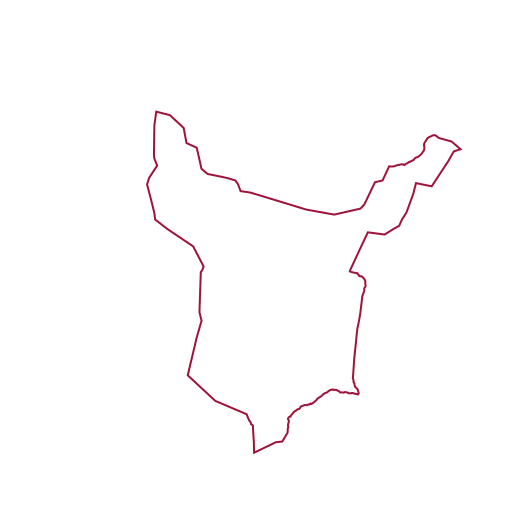 Bogd, Bayanhongor, Mongolia, rotated 293°
{"feature_id": "93677404B1716064245788", "entity_name": "Bogd", "entity_type": "district", "adm_level": 2, "iso_a3": "MNG", "parent_name": "Mongolia", "parent_adm1": "Bayanhongor", "projection": "natural_earth1", "projection_center": [100.876, 45.209], "detail": "fine", "context": "isolated", "style": "outline", "palette": "rose", "viewbox_px": 512, "rotation_deg": 293, "n_neighbors": 0, "source": "geoboundaries", "source_scale": "gbopen_adm2", "svg_char_len": 3949}
<svg xmlns="http://www.w3.org/2000/svg" viewBox="0 0 512 512"><g transform="rotate(293 256 256)"><path d="M345.6,139.4L352.0,121.7L349.9,107.8L336.5,111.4L309.3,122.5L306.3,124.1L300.5,129.7L286.2,127.1L279.4,127.7L265.4,138.5L255.6,145.8L250.2,148.9L246.3,163.4L240.3,194.4L226.1,211.6L225.8,211.8L225.7,211.8L225.5,211.7L225.4,211.7L225.2,211.8L224.8,212.0L224.3,212.0L223.5,212.0L222.7,212.0L221.9,212.0L221.2,211.9L220.4,211.6L219.9,211.6L219.4,211.6L218.5,211.9L182.2,225.9L175.1,231.2L158.2,233.2L119.5,239.8L106.7,275.2L106.7,288.6L106.7,309.3L105.6,310.1L104.5,311.4L103.4,312.3L103.0,313.0L101.9,314.0L101.4,315.1L100.8,316.1L99.3,317.1L99.2,317.5L99.0,318.8L98.8,319.3L93.5,321.9L83.5,326.9L74.2,331.1L92.2,346.9L95.5,352.7L105.8,354.1L109.4,352.7L111.1,352.6L112.5,351.7L113.4,351.3L114.2,351.3L115.1,351.0L116.0,351.1L117.3,350.5L117.8,349.9L118.4,349.1L119.5,349.0L120.3,349.3L121.0,349.5L121.4,349.8L121.5,350.3L121.8,350.5L122.5,350.6L123.4,350.6L124.1,351.0L126.4,351.5L127.8,352.1L128.7,352.5L129.3,353.3L130.1,353.6L131.2,354.2L131.5,354.8L132.1,355.6L132.9,355.8L133.9,355.9L134.9,356.2L135.6,356.5L136.0,357.3L136.7,357.8L137.2,358.4L138.1,359.3L138.2,359.7L138.3,360.4L138.5,360.7L138.6,361.4L138.9,361.7L139.7,362.1L139.9,362.4L140.0,363.0L140.3,363.3L140.7,363.4L140.9,363.7L141.5,363.8L141.6,364.2L141.5,364.7L141.8,364.9L142.4,365.7L142.8,365.7L143.2,366.1L144.8,366.8L146.0,367.5L147.0,367.9L147.9,368.1L149.1,368.5L152.5,370.9L155.3,372.0L156.1,372.7L156.5,372.8L158.2,374.7L159.4,375.3L160.2,375.6L160.6,376.1L161.3,376.4L161.6,376.8L162.3,377.5L162.8,378.2L162.8,378.8L163.2,379.1L163.1,379.7L163.3,380.1L163.2,380.4L163.7,381.2L164.1,381.9L164.2,382.8L163.9,383.5L163.9,384.2L164.0,385.1L163.8,385.5L163.4,386.4L163.4,387.3L163.7,387.8L164.2,388.5L164.4,389.9L164.9,390.5L165.6,391.1L165.7,392.0L166.0,392.8L165.9,393.7L166.1,394.4L165.9,395.1L166.6,396.9L167.2,397.4L167.4,398.0L167.7,398.6L167.7,400.1L168.0,400.9L167.9,401.5L168.1,402.2L168.3,402.7L168.4,403.1L168.3,403.5L168.4,403.9L169.7,404.2L171.8,402.7L173.0,401.5L173.4,400.8L173.5,400.6L173.8,399.7L174.2,398.8L174.6,398.0L175.3,397.5L177.3,396.3L177.7,395.4L178.1,395.0L179.7,394.4L181.1,393.0L182.4,392.6L199.7,386.6L215.1,381.9L224.5,378.9L229.1,377.6L233.1,376.9L243.2,374.6L260.5,369.6L262.9,369.4L265.0,369.4L266.9,369.1L268.2,368.3L268.9,368.3L270.8,368.7L271.9,368.3L273.6,367.2L275.3,366.6L276.1,365.9L277.1,364.8L277.9,363.1L278.4,361.8L278.6,360.9L277.9,359.7L278.0,358.8L278.2,358.2L278.7,358.0L278.8,357.4L279.1,356.9L279.8,356.1L279.6,355.7L279.3,355.1L279.5,354.7L279.2,353.7L278.9,352.3L278.5,350.1L278.5,348.7L278.8,348.2L300.2,348.9L321.5,349.7L326.0,366.0L334.6,372.0L339.7,376.0L346.4,376.1L354.8,377.5L374.6,376.5L385.6,374.8L388.8,390.5L418.2,395.9L429.6,397.2L434.2,402.6L437.8,391.3L436.1,378.1L436.5,376.6L437.0,375.2L437.1,373.9L437.0,373.3L436.8,372.6L436.2,371.8L435.4,371.0L434.4,370.2L433.4,369.2L432.4,368.4L431.7,368.0L431.1,367.7L430.1,367.6L428.7,367.4L427.5,367.2L426.6,367.0L425.8,367.0L425.0,366.9L424.2,367.1L423.4,367.5L422.8,367.9L422.1,368.3L421.6,368.6L421.1,368.8L420.5,369.0L420.0,369.2L419.3,369.2L418.5,369.3L417.7,369.1L416.7,368.8L415.4,368.7L414.0,368.2L412.9,367.7L411.9,367.2L411.3,366.7L410.1,366.0L409.3,364.9L408.5,364.4L407.8,364.0L406.8,363.8L405.7,363.4L405.1,362.7L404.6,362.3L403.9,361.9L403.6,361.4L403.2,361.0L402.6,360.8L402.4,360.5L402.1,359.9L401.6,359.6L401.0,359.5L400.4,359.0L400.0,358.5L399.6,358.1L399.3,357.8L398.8,357.6L398.0,357.3L397.6,357.0L397.7,356.3L397.9,355.6L397.4,354.8L397.3,354.2L396.6,353.2L396.0,352.3L395.5,351.7L394.9,350.7L393.7,349.3L392.6,348.2L392.0,347.2L391.3,345.8L390.9,344.6L390.5,343.5L375.0,343.0L370.4,336.7L346.0,335.6L340.5,333.7L324.7,311.9L318.4,284.3L312.2,226.0L309.7,216.5L315.0,211.4L317.5,207.5L316.6,199.7L315.6,194.0L312.6,179.4L314.9,171.8L324.4,165.0L332.5,159.1L332.8,147.9L345.6,139.4Z" fill="none" stroke="#9f1239" stroke-width="2"/></g></svg>